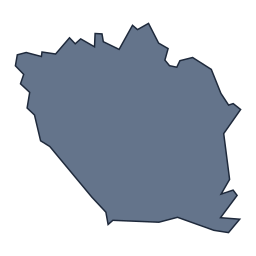 DeKalb, Tennessee, United States of America
{"feature_id": "52423323B12526845060085", "entity_name": "DeKalb", "entity_type": "district", "adm_level": 2, "iso_a3": "USA", "parent_name": "United States of America", "parent_adm1": "Tennessee", "projection": "equal_earth", "projection_center": [-85.84, 35.98], "detail": "fine", "context": "isolated", "style": "filled", "palette": "slate", "viewbox_px": 256, "rotation_deg": 0, "n_neighbors": 0, "source": "geoboundaries", "source_scale": "gbopen_adm2", "svg_char_len": 708}
<svg xmlns="http://www.w3.org/2000/svg" viewBox="0 0 256 256"><path d="M108.1,224.5L112.9,220.3L158.9,222.2L177.5,217.3L213.8,230.3L228.5,232.6L239.7,219.2L220.5,217.7L237.1,195.4L233.1,190.1L221.1,194.1L229.6,179.4L223.7,133.6L240.6,109.5L233.2,103.6L228.6,105.1L220.9,93.4L211.3,69.4L192.6,57.5L179.9,60.7L176.8,67.2L169.5,65.7L164.9,60.1L168.1,48.6L158.6,43.1L148.5,23.4L137.5,29.6L132.5,25.3L119.1,49.4L103.3,41.7L102.0,33.9L95.1,33.5L94.5,46.8L80.7,38.9L75.2,43.8L69.5,37.8L55.6,54.0L42.0,52.0L41.4,56.5L26.2,52.5L17.3,54.8L15.4,65.8L23.7,74.4L20.5,83.8L29.7,92.4L27.1,108.0L34.5,115.0L40.6,140.8L49.8,146.5L91.9,197.2L105.9,212.2L108.1,224.5Z" fill="#64748b" stroke="#1e293b" stroke-width="1.5"/></svg>